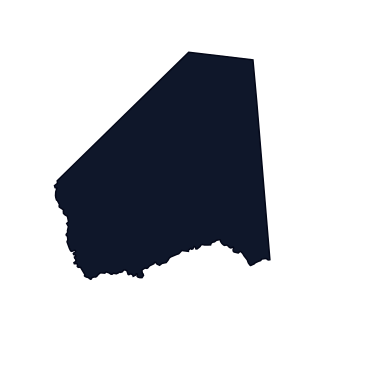 the district of Brewster, Texas, United States of America, rotated 46°
{"feature_id": "52423323B18775242771825", "entity_name": "Brewster", "entity_type": "district", "adm_level": 2, "iso_a3": "USA", "parent_name": "United States of America", "parent_adm1": "Texas", "projection": "mercator", "projection_center": [-103.031, 29.819], "detail": "fine", "context": "isolated", "style": "filled", "palette": "ink", "viewbox_px": 384, "rotation_deg": 46, "n_neighbors": 0, "source": "geoboundaries", "source_scale": "gbopen_adm2", "svg_char_len": 2519}
<svg xmlns="http://www.w3.org/2000/svg" viewBox="0 0 384 384"><g transform="rotate(46 192 192)"><path d="M89.2,97.3L89.7,185.3L90.3,281.2L90.5,281.3L92.3,282.8L91.9,286.5L93.8,287.5L95.3,286.5L97.3,290.0L99.8,292.7L101.3,293.8L103.6,295.0L104.8,294.8L108.7,296.0L109.2,296.3L109.7,297.3L110.7,297.9L115.6,296.8L116.2,297.7L118.1,299.3L119.9,299.3L122.9,298.5L127.5,301.4L127.7,302.0L127.6,304.0L131.0,304.9L133.1,308.2L134.5,309.4L134.9,310.3L135.0,311.6L135.3,312.2L136.1,312.6L136.9,312.3L137.5,312.5L140.0,314.4L141.0,316.5L147.3,319.3L150.1,320.2L151.1,319.8L151.7,318.6L152.1,317.2L153.0,316.6L153.9,316.9L154.2,317.9L153.8,318.8L153.8,320.1L154.8,320.6L156.5,319.6L157.5,320.3L157.1,321.8L158.0,322.3L159.5,322.4L160.7,323.1L161.1,324.3L160.8,326.0L161.8,326.5L162.5,325.9L162.9,325.1L163.5,324.7L164.3,324.8L165.2,325.3L165.8,326.2L166.4,326.3L167.2,326.1L168.8,324.5L177.3,326.5L177.4,327.3L177.7,327.6L178.7,327.5L180.5,326.7L181.7,325.8L182.8,326.0L184.4,325.5L184.6,325.0L184.1,323.1L185.5,321.0L186.3,320.3L186.5,318.9L186.2,316.7L186.5,314.0L189.8,311.1L189.8,309.6L190.1,309.1L192.7,307.8L194.8,307.4L195.5,306.8L195.8,306.1L195.8,305.0L198.3,303.2L199.0,301.3L199.3,299.6L200.1,299.3L201.0,297.6L200.7,295.7L201.2,294.6L201.9,294.1L203.6,293.6L206.9,295.2L207.3,295.1L207.8,294.4L208.1,293.2L209.8,292.3L210.8,292.4L211.8,292.9L212.6,290.4L212.2,289.6L212.1,288.9L212.6,288.4L213.1,288.3L214.4,290.0L215.7,290.0L217.4,289.0L218.9,287.4L218.3,284.8L216.9,284.1L216.0,284.1L213.9,282.8L213.4,281.8L214.0,278.7L215.6,277.5L215.9,276.7L215.6,273.9L217.1,269.3L216.6,267.8L217.2,267.0L217.5,266.8L218.2,267.2L219.7,267.2L222.2,266.2L222.5,263.2L224.8,259.6L224.4,256.6L223.7,254.2L223.9,252.5L226.3,246.3L227.2,244.5L227.0,240.0L232.2,235.8L231.6,235.2L231.3,234.6L231.8,231.9L232.9,232.0L233.5,230.9L232.6,228.4L233.5,227.9L234.2,228.0L235.7,228.7L236.5,227.8L236.8,224.1L236.3,222.5L237.0,221.0L238.7,219.9L243.0,215.4L242.2,214.0L242.3,212.3L243.5,210.4L243.7,208.0L245.3,205.5L246.1,204.9L247.5,205.8L249.7,206.2L251.8,206.1L252.9,205.8L254.2,203.9L256.4,203.4L257.7,203.6L259.3,202.9L259.6,201.7L260.2,200.7L261.3,201.0L261.6,202.0L262.8,203.2L263.6,203.5L264.4,203.4L268.0,201.1L268.1,198.8L268.7,198.3L271.2,198.2L274.2,198.9L279.2,199.4L282.1,200.7L284.8,201.1L285.6,200.9L286.9,197.2L286.9,195.6L288.0,192.4L289.0,190.3L288.7,188.4L290.7,185.6L292.0,184.5L293.0,184.7L294.2,184.0L294.8,183.0L260.6,155.1L172.5,83.1L139.3,56.4L89.2,97.3Z" fill="#0f172a" stroke="#020617" stroke-width="1.5"/></g></svg>